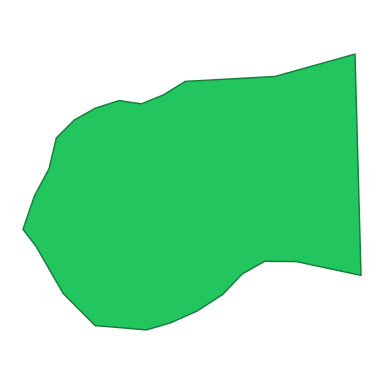 an SVG outline of Astara
{"feature_id": "AZE-1695", "entity_name": "Astara", "entity_type": "District", "adm_level": 1, "iso_a3": "AZE", "parent_name": "Azerbaijan", "parent_adm1": "", "projection": "equal_earth", "projection_center": [48.676, 38.498], "detail": "fine", "context": "isolated", "style": "filled", "palette": "green", "viewbox_px": 384, "rotation_deg": 0, "n_neighbors": 0, "source": "natural_earth", "source_scale": "10m", "svg_char_len": 431}
<svg xmlns="http://www.w3.org/2000/svg" viewBox="0 0 384 384"><path d="M100.2,326.0L95.1,325.6L63.2,293.5L36.0,246.3L23.0,229.3L34.4,196.0L49.1,168.6L56.3,138.0L74.4,119.9L95.7,108.0L119.2,100.6L141.4,103.9L163.4,94.9L185.2,81.4L274.8,76.5L355.0,54.1L361.0,275.2L361.0,275.4L296.5,261.6L264.6,261.3L242.3,273.9L222.6,294.5L197.3,310.9L170.3,322.9L146.2,329.9L100.2,326.0Z" fill="#22c55e" stroke="#15803d" stroke-width="1.5"/></svg>